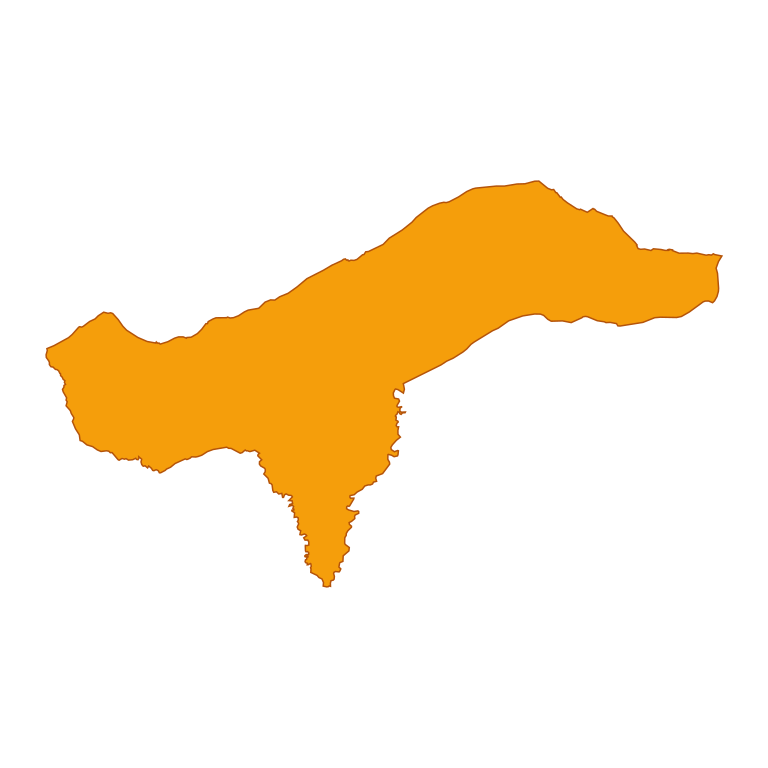 the district of Lautém, Lautém, East Timor
{"feature_id": "22284137B78833871172178", "entity_name": "Lautém", "entity_type": "district", "adm_level": 2, "iso_a3": "TLS", "parent_name": "East Timor", "parent_adm1": "Lautém", "projection": "orthographic", "projection_center": [126.918, -8.447], "detail": "fine", "context": "isolated", "style": "filled", "palette": "amber", "viewbox_px": 768, "rotation_deg": 0, "n_neighbors": 0, "source": "geoboundaries", "source_scale": "gbopen_adm2", "svg_char_len": 6082}
<svg xmlns="http://www.w3.org/2000/svg" viewBox="0 0 768 768"><path d="M330.5,586.3L330.4,583.1L331.0,580.7L333.3,580.1L334.1,579.2L334.4,576.4L333.6,573.5L333.9,572.4L335.4,571.5L339.1,571.9L339.8,571.1L340.8,568.9L338.9,567.0L339.6,563.2L339.9,562.6L342.9,561.4L343.2,555.8L348.9,550.9L349.3,547.5L345.3,544.5L344.7,543.4L344.7,541.8L344.8,537.7L346.2,535.4L346.3,533.4L347.9,530.7L351.4,527.3L351.5,526.2L349.4,524.4L349.1,522.6L351.5,521.4L354.8,518.6L354.6,516.2L355.2,515.0L358.7,513.3L358.7,511.5L357.9,510.9L354.0,511.5L348.5,509.9L346.6,508.7L346.7,506.8L347.6,506.0L349.0,506.3L349.7,505.8L353.8,498.9L353.9,498.1L350.5,498.2L349.8,497.0L350.1,495.6L354.2,494.7L357.2,492.0L362.2,489.3L364.8,486.0L368.2,484.9L370.4,484.9L372.5,484.0L373.5,482.1L376.6,481.3L375.7,478.1L376.3,476.0L382.6,473.6L389.7,464.1L389.4,462.1L387.8,459.3L387.9,454.7L388.3,454.4L391.5,455.2L394.1,456.7L397.5,455.9L398.0,454.7L398.4,450.8L397.7,450.5L394.4,451.7L391.3,449.6L390.8,447.5L392.3,444.9L396.4,440.3L400.4,437.1L398.0,434.3L397.9,430.5L398.6,426.8L397.2,426.9L396.2,425.7L396.8,423.5L398.2,422.0L398.0,421.3L395.9,420.1L396.3,417.5L396.1,416.7L395.5,416.5L395.5,415.5L397.0,414.1L397.9,411.7L399.1,412.3L399.8,413.7L401.1,414.4L402.5,412.9L405.1,412.7L405.4,412.0L401.3,412.2L399.8,410.9L400.1,408.1L402.1,406.6L398.3,407.3L397.0,406.6L397.0,405.5L399.5,401.1L398.6,399.0L394.5,398.2L393.5,395.8L393.3,393.0L395.0,389.4L395.6,389.0L398.0,389.6L403.4,393.1L404.4,389.2L403.3,383.6L441.0,364.9L446.6,361.2L453.3,358.1L463.1,351.9L466.8,348.9L471.0,344.3L474.2,342.0L492.6,330.7L498.2,328.2L508.7,320.8L522.8,315.9L534.6,314.0L540.5,314.1L543.7,315.4L547.8,319.3L551.2,321.2L562.5,320.9L571.2,322.6L581.8,317.8L583.0,316.8L585.4,316.4L587.5,316.7L597.2,320.7L604.4,321.8L605.9,322.6L610.2,322.4L616.5,323.6L617.9,325.9L620.2,326.0L642.9,322.4L654.7,317.7L660.4,317.2L676.6,317.5L681.4,316.5L689.3,312.0L703.1,301.9L705.1,301.1L708.5,301.0L712.6,302.7L714.5,300.9L717.0,296.5L718.4,291.4L718.6,288.3L717.5,273.3L716.1,268.2L718.5,261.5L721.9,256.0L714.8,254.6L713.3,253.8L711.5,255.1L708.8,254.7L706.2,255.2L696.9,253.1L692.8,253.6L688.3,253.1L679.1,253.2L672.5,250.6L672.6,249.9L669.3,249.3L668.5,249.5L669.2,250.0L668.5,250.4L665.1,250.4L661.0,249.5L653.4,248.8L651.0,250.5L644.6,249.0L640.6,249.3L638.1,248.6L636.6,245.5L637.1,245.0L634.7,242.0L623.5,231.1L618.1,223.0L614.0,217.9L612.3,216.8L612.1,216.0L608.3,216.0L605.2,214.8L596.6,211.3L594.5,209.1L593.8,209.2L593.0,208.5L587.3,212.3L580.5,209.2L579.7,209.7L576.8,208.9L567.5,202.9L563.1,199.5L561.2,197.0L560.3,197.3L556.8,192.7L555.8,192.6L553.7,189.5L551.5,189.8L547.7,188.3L538.9,181.1L534.7,181.2L524.9,183.8L517.1,184.0L504.3,186.1L496.1,186.1L475.8,188.1L472.9,188.8L466.8,191.5L458.4,197.0L449.1,201.8L446.2,202.6L443.8,202.3L439.6,203.2L432.8,205.7L428.1,208.2L416.2,217.5L412.0,222.2L402.1,230.1L389.3,238.1L383.2,244.4L368.5,251.5L365.7,251.8L364.0,254.5L362.5,254.8L357.0,259.4L354.1,260.4L350.8,260.2L349.1,261.0L348.2,260.7L347.9,259.9L346.5,260.1L345.4,258.9L343.5,259.3L341.7,260.7L331.9,265.2L323.5,270.2L307.0,278.6L296.7,287.2L288.1,293.3L279.8,296.7L274.8,300.1L270.6,299.9L265.1,302.1L258.7,308.3L248.2,310.1L244.4,311.9L238.6,315.7L233.4,317.7L230.1,318.0L227.6,317.1L226.5,317.7L216.0,317.8L212.9,319.0L208.2,321.6L207.5,323.6L205.9,323.7L201.7,329.3L197.4,333.6L191.2,337.2L186.9,337.5L186.4,338.2L183.2,336.9L178.5,336.9L174.5,338.2L167.9,341.7L160.2,344.1L159.0,343.0L157.9,343.3L156.8,342.4L156.3,342.8L156.1,342.2L155.5,343.0L147.2,341.5L137.9,337.5L126.6,330.2L122.8,326.2L118.2,319.6L112.7,313.5L110.7,312.8L108.0,313.3L103.7,312.2L98.2,315.8L95.1,318.9L89.6,321.5L83.2,326.4L81.6,327.1L79.7,326.7L78.7,327.2L72.2,334.5L68.5,337.7L53.9,345.7L46.9,348.6L47.3,350.5L46.1,354.8L46.3,357.5L48.8,361.0L49.4,362.5L49.4,364.6L50.9,366.7L53.1,367.1L55.4,369.4L57.0,369.6L58.6,370.8L59.9,373.4L60.5,373.7L60.6,375.6L62.3,377.3L63.1,379.3L64.9,380.7L64.4,382.4L65.5,384.4L64.0,385.4L63.9,387.3L62.5,389.3L63.2,391.8L66.6,397.8L66.1,400.1L67.2,401.7L66.1,405.8L70.3,410.6L71.3,413.5L73.8,417.5L73.6,419.0L72.4,421.4L75.5,428.8L79.3,434.8L80.1,440.5L82.5,441.3L86.9,444.9L92.6,446.6L97.3,449.9L101.0,451.5L106.4,450.8L108.8,451.2L110.3,452.7L112.1,452.6L118.0,459.6L119.1,460.2L122.0,458.5L124.6,459.2L126.0,458.6L128.5,460.1L132.7,459.7L135.7,458.3L136.5,459.4L138.0,459.7L138.9,458.2L138.8,456.8L141.7,459.2L141.0,461.9L141.7,464.4L142.8,465.9L143.5,466.2L145.1,465.8L147.6,467.9L148.7,466.0L151.4,468.3L152.7,470.4L153.9,470.7L156.1,469.7L158.2,470.6L159.4,472.8L160.6,472.8L165.2,470.4L166.5,469.1L170.6,467.2L175.1,463.5L185.2,458.9L186.8,459.5L187.6,459.3L190.2,458.1L191.6,456.8L195.8,457.0L198.1,456.5L201.8,455.2L207.4,451.6L213.1,449.5L226.7,447.2L228.7,448.3L231.1,448.4L240.2,453.2L242.2,452.6L245.2,450.0L246.3,450.9L247.1,450.7L249.9,451.6L254.8,450.2L259.5,453.2L258.1,454.4L257.8,455.8L261.7,459.8L259.5,461.7L259.4,464.1L260.6,465.9L264.6,468.2L265.3,469.4L265.2,471.7L263.8,474.0L268.1,478.3L269.4,483.1L271.0,483.6L272.1,484.9L272.8,490.4L273.7,492.3L276.5,491.8L278.8,494.0L281.8,493.4L282.6,497.4L283.5,497.4L284.5,494.8L286.1,493.9L288.6,495.2L291.1,495.4L292.2,496.4L292.4,496.9L288.8,500.6L292.1,500.8L292.6,503.6L289.7,504.5L288.9,506.3L292.3,505.3L293.6,506.4L292.9,508.5L293.8,509.1L293.9,509.9L291.9,510.2L291.8,510.9L294.6,512.8L294.2,517.4L296.7,517.0L298.2,517.9L298.3,520.1L297.4,521.6L298.3,522.6L298.6,524.0L297.2,527.0L298.1,529.3L300.7,530.7L299.9,534.6L301.5,535.0L304.4,534.0L305.9,534.7L306.7,535.7L303.7,537.8L305.0,540.1L307.8,540.1L308.8,542.0L308.8,545.0L307.1,545.6L305.4,545.4L305.3,546.0L305.5,550.9L306.0,551.8L307.6,551.6L308.8,552.9L308.6,554.4L306.2,554.6L304.9,555.7L304.9,556.6L305.5,556.9L307.4,556.0L308.0,556.1L308.0,556.9L306.8,557.9L306.6,559.4L305.5,559.8L305.1,561.6L305.6,562.6L307.5,563.3L307.2,564.8L308.3,564.7L310.3,563.5L310.8,563.8L311.3,566.3L310.5,567.7L311.0,568.9L310.8,572.4L317.1,575.4L318.9,577.5L322.0,579.0L323.5,582.5L323.2,586.1L326.8,586.9L328.5,586.6L329.2,585.9L330.5,586.3Z" fill="#f59e0b" stroke="#b45309" stroke-width="1.5"/></svg>